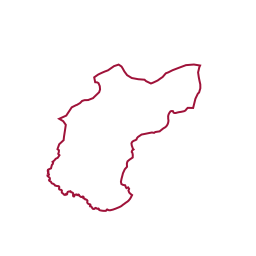 the district of Manakhah, Sana'a, Yemen, rotated 236°
{"feature_id": "15242507B46989260913803", "entity_name": "Manakhah", "entity_type": "district", "adm_level": 2, "iso_a3": "YEM", "parent_name": "Yemen", "parent_adm1": "Sana'a", "projection": "orthographic", "projection_center": [43.649, 15.071], "detail": "fine", "context": "isolated", "style": "outline", "palette": "rose", "viewbox_px": 256, "rotation_deg": 236, "n_neighbors": 0, "source": "geoboundaries", "source_scale": "gbopen_adm2", "svg_char_len": 5422}
<svg xmlns="http://www.w3.org/2000/svg" viewBox="0 0 256 256"><g transform="rotate(236 128 128)"><path d="M108.2,193.2L114.6,200.3L117.4,205.1L117.7,206.7L117.7,206.8L119.1,208.5L120.5,210.2L123.7,212.3L127.5,213.8L130.8,215.2L134.9,217.2L138.5,221.1L139.5,222.7L143.8,218.1L147.7,211.2L149.6,203.3L151.0,197.2L151.6,192.5L152.2,189.9L150.9,185.2L150.9,182.4L150.8,179.2L151.5,174.5L152.1,171.9L156.7,169.2L158.8,168.7L162.7,163.8L167.3,159.1L172.3,156.8L177.0,156.6L180.1,156.9L182.5,157.0L183.1,156.8L185.8,155.7L187.1,151.0L187.0,143.7L187.5,141.5L187.7,140.8L188.3,137.7L188.8,134.6L189.0,133.0L188.9,128.3L184.3,126.4L183.0,128.0L181.7,128.6L178.5,128.0L175.6,126.4L173.8,124.1L172.5,116.6L172.3,115.8L173.4,110.9L173.4,110.7L174.5,108.9L175.4,107.5L176.1,105.1L175.5,102.2L175.7,99.0L175.7,98.7L176.1,97.1L176.1,96.8L176.6,92.9L173.3,84.9L172.8,83.8L174.1,76.1L169.9,78.1L165.4,78.2L164.5,77.4L156.5,70.0L153.9,67.8L153.9,67.7L153.0,61.9L149.9,57.7L148.2,58.3L146.6,57.1L145.6,55.7L143.8,56.0L142.6,53.1L142.9,50.8L142.3,48.8L142.1,46.5L141.2,46.6L140.2,45.4L139.9,44.2L137.6,41.6L138.1,39.0L138.1,38.3L137.9,38.2L137.9,38.3L137.5,38.2L137.5,37.9L137.4,37.5L137.2,37.4L136.9,37.3L136.7,37.4L136.4,37.6L135.9,37.4L135.9,36.9L135.6,36.6L135.3,36.3L134.8,36.4L134.4,36.5L134.0,36.6L133.8,36.5L133.5,36.4L133.4,36.0L133.3,35.5L133.3,35.2L133.5,35.1L133.7,34.7L133.4,34.5L132.9,34.5L132.5,34.7L132.0,34.8L131.5,34.9L131.1,35.1L130.7,35.2L130.1,35.1L129.7,34.9L129.3,34.7L129.2,34.3L129.2,33.9L129.0,33.4L128.6,33.3L128.2,33.3L127.7,33.4L127.3,33.7L127.0,33.9L126.5,34.0L126.1,34.0L125.6,33.9L125.2,33.9L124.7,34.0L124.2,34.2L123.8,34.7L123.4,34.9L123.0,35.0L122.5,35.3L122.1,35.4L121.6,35.3L121.2,35.3L120.8,35.6L120.6,35.9L120.2,36.1L119.9,36.4L119.5,36.8L119.2,37.2L119.0,37.5L118.6,37.9L118.2,38.1L117.8,38.1L117.4,38.0L117.1,37.7L116.8,37.3L116.4,37.0L116.0,36.8L115.6,36.7L115.2,36.9L114.8,37.2L114.5,37.6L114.2,37.9L113.9,38.1L113.5,38.2L113.1,38.2L112.4,37.6L112.0,37.3L111.7,37.1L111.3,37.1L110.9,37.1L110.2,37.4L109.5,37.6L109.0,37.7L108.5,37.7L108.2,38.0L107.9,38.2L107.7,38.3L107.7,38.8L108.0,39.1L108.0,39.6L107.6,39.7L107.4,39.8L107.2,39.8L107.1,40.2L107.3,40.7L107.7,41.0L108.0,41.2L108.3,41.6L108.6,42.0L108.7,42.4L108.6,42.7L108.6,42.8L108.5,43.3L108.3,43.6L108.0,43.9L107.9,44.3L107.9,44.8L107.4,45.0L107.0,44.9L106.6,44.9L106.4,45.2L106.0,45.4L105.7,45.7L105.3,45.9L104.9,46.0L104.7,46.0L104.1,45.7L103.8,45.5L103.5,45.2L103.1,44.9L102.7,44.7L102.3,44.5L101.9,44.5L101.6,44.7L101.4,45.1L101.6,45.5L101.9,45.8L102.2,46.1L102.4,46.5L102.3,46.9L101.9,47.4L101.9,47.8L101.7,48.1L101.3,48.2L100.8,48.3L100.6,48.6L100.8,49.0L100.7,49.4L100.5,49.8L100.1,50.0L99.7,49.9L99.3,49.7L99.0,49.8L98.9,49.8L98.1,50.1L97.7,50.2L97.3,50.4L96.9,50.6L96.7,51.0L96.6,52.0L96.3,52.4L95.9,52.6L95.5,52.5L95.3,52.1L95.1,51.8L94.7,51.7L94.3,52.0L94.0,52.3L93.5,52.6L93.1,52.5L92.7,52.6L92.1,53.3L91.6,53.6L91.2,53.7L90.8,53.7L90.3,53.7L90.0,53.4L89.7,53.1L89.5,52.8L89.1,52.6L88.7,52.5L88.2,52.5L87.8,52.6L87.7,52.6L87.3,52.7L87.0,52.9L86.6,53.2L86.3,53.5L85.8,53.9L85.3,53.9L85.0,53.7L84.8,53.3L84.6,52.8L84.2,52.8L84.0,53.1L83.7,53.4L83.3,53.6L82.9,53.6L82.5,53.7L82.0,53.6L81.5,53.6L81.1,53.6L80.7,53.7L80.3,53.9L80.2,54.2L80.2,54.3L80.1,54.7L79.7,55.0L79.7,55.4L79.9,55.8L80.0,56.2L79.8,56.6L79.4,56.8L78.6,57.1L78.1,57.4L78.0,57.8L77.9,58.2L77.7,58.5L77.2,58.6L76.8,58.4L76.4,58.3L76.0,58.4L75.7,58.6L75.3,58.9L75.0,59.2L74.7,59.5L74.3,59.9L74.0,60.2L73.4,60.9L73.1,61.2L72.9,61.6L72.6,62.0L72.3,62.4L72.1,62.8L71.8,63.1L71.7,63.6L71.7,64.0L72.0,64.4L72.2,64.7L72.1,65.2L71.8,65.4L71.4,65.6L71.0,65.8L70.9,65.9L70.6,66.1L70.3,66.4L70.1,66.7L69.8,67.2L69.8,67.3L69.6,67.7L69.4,68.1L69.3,68.5L69.1,69.0L68.9,69.5L68.7,70.1L68.6,70.5L68.5,70.9L68.4,71.5L68.2,72.0L68.1,72.5L68.0,72.9L67.9,73.4L67.8,73.9L67.7,74.4L67.6,74.9L67.5,75.3L67.4,75.8L67.3,76.2L67.3,76.6L67.2,77.1L67.1,77.5L67.1,78.0L67.0,78.6L67.0,79.0L67.1,79.5L67.1,79.9L67.1,80.4L67.2,80.8L67.2,81.3L67.2,81.8L67.2,82.2L67.2,82.7L67.2,83.1L67.3,83.5L67.3,84.0L67.3,84.4L67.3,84.8L67.3,85.3L67.3,86.7L67.4,87.1L67.4,87.6L67.5,88.0L67.6,88.4L67.8,88.9L67.9,89.3L68.0,89.8L68.2,90.2L68.4,90.6L68.5,90.9L68.6,91.1L68.8,91.5L69.0,91.9L69.2,92.2L69.2,92.3L69.5,92.7L69.8,93.1L69.8,93.3L69.9,93.6L70.1,93.9L70.9,93.6L72.1,93.2L73.8,92.9L75.9,93.4L76.9,94.9L78.1,94.9L78.7,94.9L79.0,93.1L80.0,93.1L82.1,93.6L83.7,92.0L85.2,91.2L87.3,92.0L89.4,94.1L92.2,97.3L93.3,98.5L95.6,102.3L95.9,103.5L96.4,105.5L98.7,106.9L98.9,107.1L99.3,107.3L100.6,108.9L100.9,111.5L100.9,115.4L103.0,116.9L104.8,117.7L106.1,117.7L107.1,119.0L107.1,120.6L108.2,120.5L110.8,121.2L111.3,121.3L113.4,122.3L114.2,123.9L114.2,125.2L114.2,125.5L113.8,127.3L113.7,128.1L113.7,128.6L114.5,129.6L115.0,131.2L115.0,133.3L115.0,135.6L114.3,137.2L113.0,140.3L111.9,143.0L110.9,145.3L109.4,146.9L109.4,148.4L107.5,152.4L107.6,152.8L107.8,155.5L107.9,156.4L107.9,157.6L107.8,158.6L107.8,159.6L107.9,160.1L108.1,161.1L108.8,162.7L109.5,163.7L110.0,164.3L110.8,165.1L111.7,165.8L112.3,166.1L113.2,166.5L114.1,167.1L115.0,167.7L115.3,167.8L116.0,168.6L116.6,169.3L117.5,171.0L118.0,172.4L117.9,173.2L117.3,174.2L116.7,174.7L116.3,174.5L115.2,174.4L114.3,175.1L113.7,176.1L113.4,177.1L113.0,178.2L112.6,179.2L112.1,180.2L111.7,181.1L111.6,181.3L111.2,182.3L110.8,183.3L110.6,183.8L110.5,184.4L110.4,185.4L110.8,186.6L111.1,187.7L111.3,188.8L108.2,193.2Z" fill="none" stroke="#9f1239" stroke-width="2"/></g></svg>